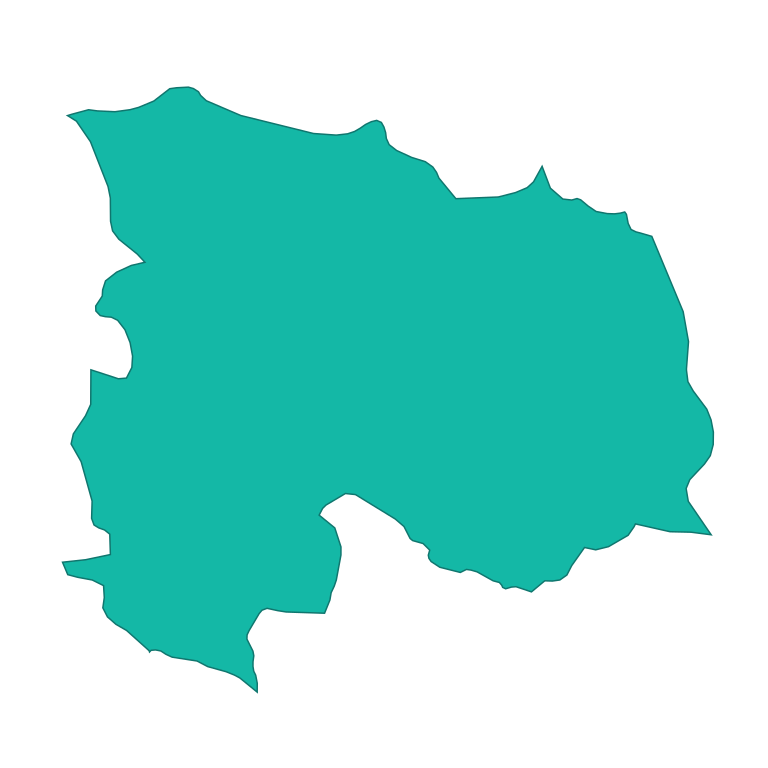 map outline of Vila Real (orthographic projection), rotated 268°
{"feature_id": "PRT-756", "entity_name": "Vila Real", "entity_type": "District", "adm_level": 1, "iso_a3": "PRT", "parent_name": "Portugal", "parent_adm1": "", "projection": "orthographic", "projection_center": [-7.677, 41.533], "detail": "fine", "context": "isolated", "style": "filled", "palette": "teal", "viewbox_px": 768, "rotation_deg": 268, "n_neighbors": 0, "source": "natural_earth", "source_scale": "10m", "svg_char_len": 2551}
<svg xmlns="http://www.w3.org/2000/svg" viewBox="0 0 768 768"><g transform="rotate(268 384 384)"><path d="M124.4,140.3L125.6,140.0L146.7,118.1L153.1,107.8L160.9,99.5L170.1,95.2L180.3,97.0L192.3,96.7L198.3,85.6L201.5,71.2L204.5,61.3L217.1,56.5L218.8,79.7L223.1,104.6L243.5,104.7L247.9,99.6L250.1,94.0L253.2,89.3L259.9,87.1L277.2,88.2L317.0,78.6L335.0,69.2L345.0,71.8L362.7,84.6L373.9,90.2L408.4,91.6L398.5,118.7L398.9,126.8L409.3,132.6L420.6,133.7L434.2,131.7L447.3,127.0L457.0,120.0L460.3,113.8L461.0,107.9L462.3,102.8L467.0,98.6L472.0,98.6L481.7,105.5L487.9,106.1L496.8,109.3L505.1,120.7L511.3,135.6L514.0,149.3L522.5,141.9L537.9,124.1L546.5,118.1L556.2,116.4L579.4,117.0L591.0,115.1L636.4,99.1L657.4,85.8L663.3,77.1L664.5,81.5L668.4,98.3L666.9,107.3L665.5,124.6L667.0,139.8L669.0,148.4L674.8,163.8L686.6,180.2L687.3,187.1L687.5,198.9L685.9,203.9L682.5,208.8L678.8,210.8L673.3,216.3L657.3,250.3L636.8,322.3L634.4,345.0L635.3,356.4L637.4,363.4L640.5,369.2L644.0,374.6L646.6,380.5L647.7,385.9L645.5,390.5L640.8,392.9L635.2,394.4L629.3,394.9L623.0,397.5L616.9,404.8L609.5,419.5L604.7,433.1L599.1,440.4L593.6,443.9L587.8,446.1L566.7,462.3L566.9,504.7L570.7,522.1L575.2,533.9L580.8,540.5L596.0,549.6L573.9,557.1L562.6,569.2L561.3,578.1L562.6,583.4L561.2,587.0L554.8,594.1L549.0,602.0L546.5,613.1L546.0,620.4L546.5,626.1L547.5,630.6L545.1,632.2L536.0,633.6L529.8,636.3L527.2,641.2L526.0,645.3L522.2,656.8L445.9,685.5L415.7,689.8L388.5,686.8L386.9,686.8L375.7,687.8L366.2,692.8L347.6,705.7L336.7,709.6L324.4,711.5L312.0,710.9L301.0,707.6L292.9,701.5L277.8,686.3L269.0,682.3L256.1,684.0L221.9,705.7L225.2,685.6L226.4,664.7L235.4,630.4L232.6,628.9L224.3,622.7L213.6,602.7L210.9,589.8L213.6,578.7L196.0,565.3L186.7,560.1L182.0,552.9L181.2,545.4L181.7,537.8L171.1,524.1L176.8,508.9L176.6,504.3L175.1,498.4L176.6,495.5L178.7,494.7L181.6,492.4L183.5,486.2L193.0,470.5L195.0,464.4L195.8,459.9L193.0,453.7L198.9,433.4L204.9,424.9L208.2,422.8L211.4,422.3L216.4,423.9L223.2,417.5L226.5,407.2L228.7,404.7L240.9,399.0L248.7,390.5L274.5,351.6L275.9,341.6L265.1,321.9L261.8,318.3L255.2,314.6L241.9,329.8L222.7,335.3L214.6,335.0L189.8,329.5L183.7,327.2L177.3,323.9L170.0,322.4L157.0,316.6L159.6,278.2L161.2,269.9L163.9,259.3L162.2,254.2L158.9,251.2L142.3,240.6L138.0,238.4L133.8,238.1L121.6,243.7L116.9,244.4L111.1,243.4L106.3,243.2L101.5,243.8L97.5,245.6L89.3,246.9L80.5,246.5L95.3,229.6L98.4,224.2L102.0,216.1L107.7,198.0L113.7,187.4L118.4,162.7L121.5,156.6L125.0,151.6L126.2,146.4L126.0,142.0L124.4,140.3Z" fill="#14b8a6" stroke="#0f766e" stroke-width="1.5"/></g></svg>